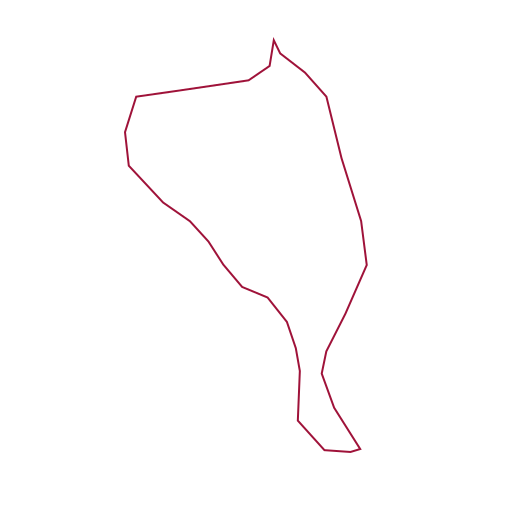 Hallstahammar, Västmanland, Sweden, rotated 350°
{"feature_id": "70781695B32403913124939", "entity_name": "Hallstahammar", "entity_type": "district", "adm_level": 2, "iso_a3": "SWE", "parent_name": "Sweden", "parent_adm1": "Västmanland", "projection": "mercator", "projection_center": [16.242, 59.583], "detail": "fine", "context": "isolated", "style": "outline", "palette": "rose", "viewbox_px": 512, "rotation_deg": 350, "n_neighbors": 0, "source": "geoboundaries", "source_scale": "gbopen_adm2", "svg_char_len": 543}
<svg xmlns="http://www.w3.org/2000/svg" viewBox="0 0 512 512"><g transform="rotate(350 256 256)"><path d="M325.1,464.2L306.6,419.0L300.3,383.2L308.7,362.1L334.0,328.4L363.5,284.1L365.6,239.9L357.2,174.5L353.0,111.3L336.1,83.9L315.0,60.7L311.0,46.6L302.4,71.2L279.2,81.7L205.4,79.6L165.7,78.3L148.5,111.3L146.4,145.0L173.8,187.2L197.0,210.3L211.7,233.5L222.3,258.8L237.0,284.1L260.2,298.9L275.0,326.3L279.2,353.7L279.2,376.9L268.6,425.4L280.3,444.1L289.7,459.1L315.0,465.4L325.1,464.2Z" fill="none" stroke="#9f1239" stroke-width="2"/></g></svg>